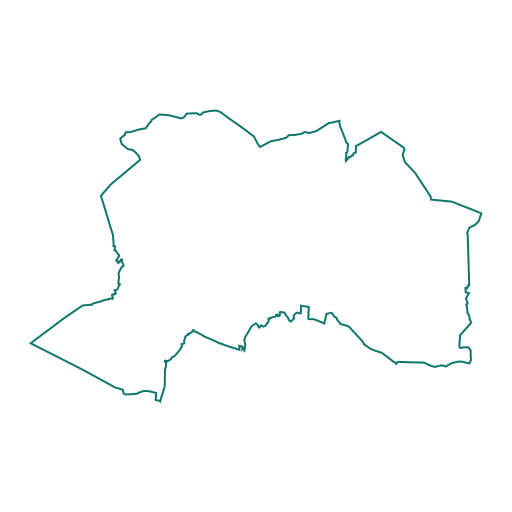 outline of Huandacareo, Michoacán, Mexico
{"feature_id": "50627088B50995468211196", "entity_name": "Huandacareo", "entity_type": "district", "adm_level": 2, "iso_a3": "MEX", "parent_name": "Mexico", "parent_adm1": "Michoacán", "projection": "robinson", "projection_center": [-101.283, 19.994], "detail": "fine", "context": "isolated", "style": "outline", "palette": "teal", "viewbox_px": 512, "rotation_deg": 0, "n_neighbors": 0, "source": "geoboundaries", "source_scale": "gbopen_adm2", "svg_char_len": 5570}
<svg xmlns="http://www.w3.org/2000/svg" viewBox="0 0 512 512"><path d="M125.8,132.3L125.0,133.8L125.0,134.7L122.4,136.7L120.2,138.8L121.7,144.0L125.4,146.9L127.8,149.1L130.9,149.7L132.7,150.0L135.6,152.5L138.8,155.9L140.1,159.9L121.4,175.6L117.7,178.6L110.5,184.7L100.9,195.8L103.8,205.1L109.9,225.3L110.5,227.4L112.9,234.7L113.6,243.1L113.5,246.0L114.2,246.1L114.8,246.1L114.9,247.0L114.7,249.2L114.8,249.5L114.4,250.1L116.1,251.0L116.1,251.4L118.1,254.0L119.1,255.1L118.9,256.4L118.2,257.3L117.1,259.4L116.2,260.3L118.3,263.0L119.4,261.8L119.5,261.1L120.2,261.2L121.2,259.4L122.3,259.9L121.7,261.2L123.6,265.7L121.5,267.3L120.2,269.7L120.1,269.9L118.8,272.7L118.5,273.6L119.0,276.1L119.0,276.7L118.5,281.6L118.4,283.6L118.8,284.1L119.5,283.9L119.9,284.5L119.1,285.1L117.7,288.6L117.5,289.0L116.8,289.8L114.6,290.2L115.7,292.9L115.8,293.5L114.6,294.3L114.4,293.8L112.1,294.7L112.8,298.2L112.6,298.2L112.4,298.3L112.5,298.7L112.4,298.7L112.1,298.4L109.7,298.7L108.8,298.9L108.4,299.4L108.2,299.3L105.6,299.7L103.6,300.4L103.3,300.4L100.6,301.6L100.1,301.7L99.5,301.8L98.9,301.8L98.0,302.1L92.5,303.7L92.3,304.6L82.6,305.5L71.0,313.4L62.8,319.1L48.4,330.0L45.7,332.0L43.2,333.8L33.6,341.1L30.7,343.3L49.6,352.9L67.4,361.9L77.0,366.8L84.7,370.8L114.8,387.3L122.8,389.7L123.6,393.5L124.7,394.1L125.2,394.4L127.9,394.3L129.9,394.3L133.9,394.0L134.2,394.0L137.0,393.7L138.3,393.0L139.6,392.4L140.8,392.0L143.2,391.1L145.3,391.0L145.5,391.0L147.1,390.9L151.1,391.7L156.1,392.9L156.1,393.1L155.7,400.1L156.5,400.2L158.2,400.5L159.6,401.0L160.1,401.5L161.3,397.2L162.6,393.4L164.0,388.9L164.3,387.6L164.6,386.3L164.8,384.2L164.8,380.0L165.0,370.0L165.4,368.6L166.0,365.2L166.0,364.7L166.3,362.5L165.3,362.2L165.2,362.1L164.9,361.3L165.1,360.7L165.5,360.6L166.3,360.8L167.3,361.1L167.5,361.1L167.8,361.0L168.3,360.7L169.5,360.2L169.9,360.0L171.6,358.3L171.8,357.7L172.0,357.2L173.0,356.7L173.5,356.6L173.9,356.6L174.1,356.4L174.4,356.1L174.9,355.7L175.1,355.4L176.4,354.0L177.0,353.4L177.3,353.0L179.6,350.1L180.4,348.8L181.9,346.5L181.8,345.7L181.7,344.9L181.6,344.1L182.9,343.9L183.5,343.7L184.1,343.5L184.4,343.0L184.1,341.1L184.1,340.8L184.2,340.5L184.6,339.4L185.4,337.2L185.3,336.6L185.5,336.5L187.6,334.7L188.5,334.6L188.3,333.9L188.7,333.8L188.6,333.6L190.2,333.1L191.9,332.2L192.9,330.2L193.6,330.0L194.0,330.9L195.0,331.7L195.4,331.9L195.8,331.7L196.9,332.3L199.5,333.7L203.6,335.8L203.8,336.3L207.2,337.7L211.4,339.5L215.4,341.3L218.8,343.0L219.9,343.2L220.2,343.6L222.4,344.0L224.4,345.1L224.7,345.1L232.5,347.7L232.9,347.7L239.4,349.8L239.4,346.3L239.3,345.8L242.6,346.7L242.3,348.4L242.3,348.6L242.6,348.1L244.4,350.5L245.3,344.8L244.3,340.0L245.3,336.8L245.5,336.5L247.2,333.8L248.4,331.9L248.7,331.2L251.0,327.2L251.2,326.8L251.6,326.3L254.0,324.6L255.9,323.4L257.8,324.9L258.6,327.2L259.4,327.6L260.4,326.1L261.2,325.3L263.2,326.6L265.4,325.9L267.0,323.4L268.0,322.5L268.6,321.0L268.5,319.2L269.2,319.0L268.8,318.4L275.7,316.4L276.3,314.8L277.4,314.5L278.2,316.3L279.6,315.9L280.1,312.0L284.1,312.5L287.9,317.7L289.2,320.4L290.0,321.2L291.1,321.5L291.7,320.7L292.4,320.0L294.0,318.5L293.7,316.0L294.5,314.6L296.1,313.2L297.5,312.5L299.6,313.5L300.8,313.2L301.0,305.7L305.0,306.4L307.2,306.6L309.0,307.3L308.3,313.3L308.7,314.6L308.3,316.2L308.2,317.4L308.5,319.0L311.3,319.2L313.6,319.1L317.0,320.4L324.3,323.5L326.5,313.8L327.7,313.6L330.8,312.8L332.1,313.2L334.2,316.5L336.4,317.8L337.3,320.0L338.0,320.9L340.1,323.3L340.4,323.9L341.2,324.2L343.3,324.8L343.6,324.9L347.3,325.9L349.5,327.2L355.1,333.3L356.5,334.9L360.7,339.4L363.2,342.3L364.2,344.5L368.8,347.6L370.7,348.9L373.6,350.1L381.9,352.9L389.5,358.6L393.7,361.9L395.2,362.4L396.0,363.9L397.9,361.9L404.3,362.1L407.5,362.2L415.9,362.4L424.0,362.6L430.8,365.8L434.9,366.9L438.6,366.0L441.7,365.3L446.1,366.5L447.6,365.4L452.3,362.9L459.3,361.5L463.2,361.9L466.8,362.9L469.4,363.3L471.1,359.9L471.0,359.0L470.8,357.8L470.7,356.8L470.7,352.0L470.6,350.7L470.3,349.8L469.9,349.5L469.2,347.9L468.2,347.5L466.7,347.1L465.9,347.3L463.5,347.4L463.1,347.4L462.3,347.5L461.8,347.8L461.0,348.1L460.8,348.0L460.5,348.0L459.9,347.7L459.3,345.9L460.1,335.2L465.9,328.7L471.3,322.7L470.8,321.6L469.7,319.3L469.1,315.1L467.6,313.5L467.2,308.6L466.3,304.5L467.1,304.2L467.2,303.8L467.7,303.1L466.0,298.4L468.9,293.0L465.6,292.3L465.6,291.6L465.5,288.0L467.1,288.2L467.4,286.5L468.3,286.5L468.5,285.0L469.1,285.0L469.1,282.1L468.1,247.0L467.7,237.0L467.6,234.3L467.2,232.6L467.7,231.6L469.5,227.6L474.9,225.0L478.4,221.6L479.5,219.0L481.3,213.3L476.8,211.5L451.7,201.6L431.1,199.6L430.5,196.4L425.6,188.9L415.3,173.2L404.8,161.9L402.6,154.8L404.5,149.7L403.8,147.8L399.5,144.7L384.8,134.5L381.1,131.9L375.3,135.2L364.2,141.5L355.9,146.2L355.8,152.1L355.8,152.5L353.6,153.3L353.1,155.4L351.7,155.5L350.1,157.3L348.9,157.0L347.8,158.8L345.9,160.9L345.7,159.5L346.2,156.7L346.3,155.1L346.1,153.0L347.3,152.0L348.1,144.0L346.3,142.5L345.0,138.7L342.0,130.9L340.3,127.0L339.4,122.7L339.4,120.8L332.4,122.5L329.0,123.0L327.4,124.0L316.6,130.9L309.5,133.0L304.5,132.0L301.3,133.9L294.0,135.0L288.8,135.2L286.2,137.8L277.7,140.0L273.1,140.9L270.7,141.3L265.7,144.0L260.1,146.9L257.8,144.0L257.3,143.0L255.1,138.8L253.9,136.5L240.1,126.1L229.8,119.0L227.3,117.2L220.7,112.2L216.2,110.5L211.3,110.9L208.8,111.2L205.6,111.9L202.9,112.6L201.0,114.7L199.0,114.7L196.8,113.2L186.7,113.6L184.1,117.1L181.3,118.4L176.6,117.2L168.6,115.2L159.4,114.5L155.9,117.1L151.7,119.9L150.6,122.1L149.0,123.5L147.3,126.0L145.5,128.5L142.2,128.8L138.7,129.6L137.4,130.0L130.3,132.1L125.8,132.3Z" fill="none" stroke="#0f766e" stroke-width="2"/></svg>